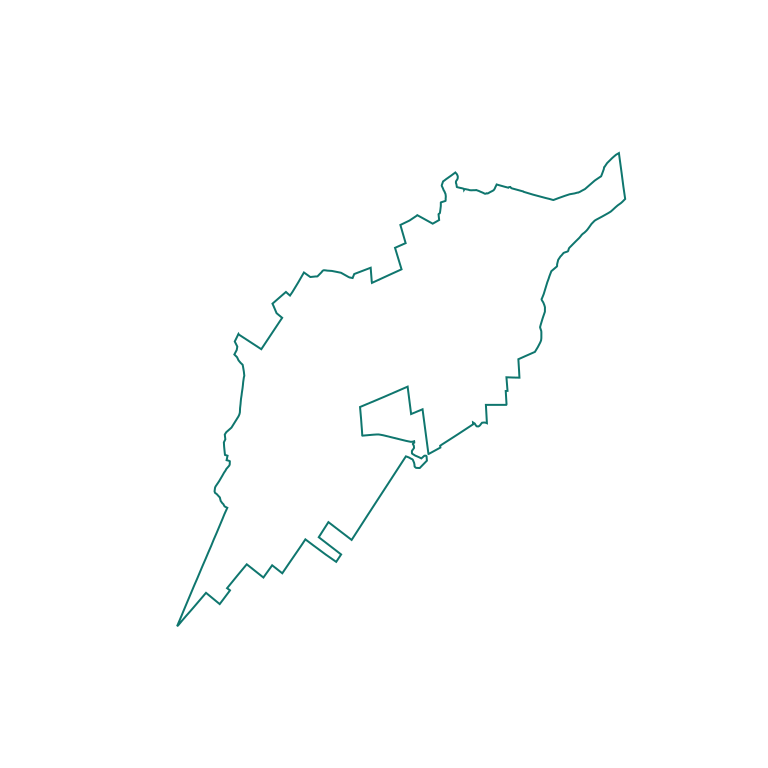 Doba, Satu Mare, Romania (Equal Earth projection), rotated 292°
{"feature_id": "2599482B56088376040975", "entity_name": "Doba", "entity_type": "district", "adm_level": 2, "iso_a3": "ROU", "parent_name": "Romania", "parent_adm1": "Satu Mare", "projection": "equal_earth", "projection_center": [22.698, 47.743], "detail": "fine", "context": "isolated", "style": "outline", "palette": "teal", "viewbox_px": 768, "rotation_deg": 292, "n_neighbors": 0, "source": "geoboundaries", "source_scale": "gbopen_adm2", "svg_char_len": 6088}
<svg xmlns="http://www.w3.org/2000/svg" viewBox="0 0 768 768"><g transform="rotate(292 384 384)"><path d="M151.4,319.8L163.0,323.5L165.4,324.3L159.4,344.7L162.0,345.3L174.0,348.2L170.4,360.6L174.6,361.5L182.0,363.1L195.9,366.2L204.1,368.0L210.5,369.3L208.1,378.2L204.0,394.0L201.2,406.3L209.9,408.1L217.5,380.9L235.1,384.2L231.3,397.9L227.3,412.4L241.8,415.2L256.5,418.0L325.1,431.4L325.2,432.9L325.2,434.7L324.9,436.7L324.8,438.5L324.6,438.9L324.3,439.4L323.2,440.4L322.5,441.2L321.5,441.9L320.9,442.3L320.3,442.6L319.1,443.2L318.8,443.5L318.3,444.9L318.3,445.3L319.4,448.4L319.5,448.6L329.0,452.5L332.8,450.6L333.2,450.1L333.2,449.8L333.1,449.3L332.6,448.3L329.0,446.5L329.1,445.3L329.2,444.4L329.3,441.2L329.3,439.9L329.7,437.5L329.9,436.4L330.2,435.9L331.3,435.4L332.3,435.0L333.2,435.1L334.1,435.4L336.0,435.8L337.9,434.8L339.2,433.2L339.4,433.2L339.7,433.4L339.9,433.5L340.3,433.5L340.6,433.6L340.9,433.9L341.0,434.0L341.3,433.9L341.7,433.7L342.2,433.4L341.4,432.4L340.8,431.3L340.4,430.4L340.0,428.3L339.5,425.5L336.2,402.6L335.7,400.1L335.4,398.7L335.1,397.6L334.3,395.8L333.0,393.1L328.0,383.3L328.1,383.1L328.6,382.9L332.6,381.0L337.2,378.7L342.5,376.1L353.7,370.4L372.0,388.8L390.4,406.9L366.3,420.4L375.0,429.2L335.8,451.4L335.8,451.6L346.2,460.1L347.8,459.2L349.6,460.4L358.2,466.5L365.0,471.3L380.0,481.7L381.7,480.9L381.3,483.0L380.6,483.9L379.9,484.9L379.5,485.9L379.7,486.5L380.0,487.4L380.7,488.0L381.7,488.5L383.6,489.0L384.8,489.4L385.3,490.3L385.9,491.5L386.2,492.8L386.2,494.1L402.8,486.3L405.1,492.0L410.5,505.2L411.1,505.2L423.1,499.5L423.9,501.1L436.1,495.0L438.3,501.1L440.6,507.2L446.4,504.5L457.3,499.3L462.6,504.4L470.3,511.9L475.8,512.8L481.0,513.3L483.3,513.3L485.5,512.7L490.5,510.7L492.0,510.0L494.1,508.2L495.2,507.4L497.6,507.1L504.1,506.5L511.3,506.1L515.4,504.5L517.1,503.2L519.3,501.1L520.6,499.3L521.2,498.6L521.5,498.4L522.0,498.3L522.8,498.4L527.2,498.4L539.5,497.3L543.2,497.2L545.9,497.0L550.9,496.9L551.3,496.9L557.6,500.2L558.2,500.3L558.7,500.1L559.7,499.7L560.2,499.6L564.4,499.0L568.3,499.8L569.0,500.1L569.7,500.4L572.8,501.4L573.6,502.2L575.4,504.3L575.8,504.7L576.4,504.9L577.3,504.8L578.6,504.7L579.2,504.7L579.9,504.9L588.5,508.5L592.6,510.3L594.4,510.9L596.3,511.4L597.8,512.1L599.4,513.1L601.8,514.2L603.5,514.8L606.7,515.6L610.1,516.4L613.8,517.9L614.6,518.3L615.8,519.2L621.2,523.7L626.7,528.1L628.9,529.7L631.1,530.8L634.5,532.4L637.2,533.8L640.5,535.9L642.3,536.8L645.9,538.3L656.7,532.0L668.6,525.3L686.1,515.3L683.4,513.2L682.4,512.7L681.3,512.1L678.9,510.9L672.4,508.1L669.6,507.5L667.6,507.1L667.4,506.9L667.0,507.0L665.6,507.3L663.0,507.4L659.6,507.5L658.5,507.5L657.9,507.5L657.8,507.4L656.8,506.7L651.9,503.4L651.0,502.9L645.7,500.2L640.0,497.3L637.4,495.1L635.5,493.6L634.1,492.2L633.9,491.6L632.1,489.3L629.5,485.1L626.3,481.3L621.6,476.0L618.1,472.2L617.9,471.3L617.6,468.2L617.0,464.2L615.4,451.2L614.5,441.4L614.7,441.1L613.3,429.2L613.4,428.5L613.6,428.0L614.0,427.3L613.3,426.1L612.6,425.8L612.1,422.0L611.8,419.3L611.5,416.7L611.2,413.7L610.3,413.7L608.3,413.5L606.9,413.5L605.5,413.3L604.8,413.0L604.5,412.9L603.5,412.1L602.0,410.8L600.7,409.7L600.1,409.4L599.3,408.3L599.4,408.1L599.3,407.7L599.0,407.4L598.6,407.0L598.3,406.6L598.2,406.1L598.4,403.8L598.4,401.7L598.5,399.4L598.4,397.8L598.4,396.8L597.8,395.9L597.1,394.1L596.3,392.4L595.8,390.8L595.7,389.0L595.5,388.4L595.3,387.0L595.1,386.1L594.7,385.6L594.1,385.5L594.8,385.1L594.9,384.9L594.7,382.9L594.3,380.7L594.0,378.7L593.9,377.9L594.0,377.7L594.5,377.4L595.0,377.1L595.7,376.7L596.3,376.3L596.8,375.9L597.2,375.5L597.8,375.2L598.2,375.0L598.7,374.9L599.3,374.9L599.8,375.0L600.4,375.1L600.9,375.3L601.6,375.3L601.9,375.3L602.6,375.2L603.4,374.9L603.8,374.8L604.1,374.6L604.8,374.1L605.5,373.3L606.1,372.5L606.4,371.9L606.6,371.2L606.8,370.9L601.9,367.9L600.4,366.9L598.8,365.9L597.3,364.9L595.2,363.7L594.2,363.0L594.0,362.9L593.6,362.9L590.1,363.1L589.6,363.2L589.3,363.4L587.7,365.1L586.5,366.3L585.8,366.9L585.3,367.8L584.1,368.9L583.4,369.7L582.1,370.5L580.9,371.1L580.0,371.4L579.0,371.7L578.4,372.0L577.4,372.3L576.8,372.4L576.6,372.2L573.8,368.8L573.6,368.7L572.8,369.0L571.8,369.4L570.3,370.0L569.2,370.3L564.7,371.5L563.7,371.7L563.4,371.7L563.1,371.7L562.1,371.0L561.8,371.0L556.7,373.7L550.9,369.1L552.3,357.6L553.0,351.6L552.3,351.3L545.1,346.4L537.6,339.6L522.7,351.3L521.0,349.6L514.4,343.2L496.9,357.3L489.2,350.0L473.3,335.0L473.5,334.9L473.9,334.5L486.8,328.1L475.1,315.5L475.0,315.4L474.8,315.2L470.5,315.2L469.9,312.2L469.9,311.2L470.9,303.5L470.9,303.2L471.0,303.0L471.0,302.3L470.1,297.5L469.3,293.3L467.8,288.7L467.6,287.7L467.0,285.7L466.4,285.0L465.7,284.6L464.2,284.2L458.9,282.0L458.5,281.4L458.1,280.3L457.6,279.4L455.6,275.6L457.4,268.0L445.9,266.4L434.9,264.6L430.8,263.7L431.5,261.6L432.6,258.6L429.7,257.1L416.7,250.5L414.8,252.5L409.4,257.9L407.2,264.8L404.0,264.1L370.3,257.2L375.5,230.7L375.9,230.3L375.4,230.2L374.5,230.2L372.8,230.1L367.5,229.7L365.4,232.1L363.7,234.0L360.4,234.7L355.3,234.2L353.8,237.7L351.4,240.3L349.9,243.1L348.9,245.7L347.4,246.7L343.2,249.3L339.3,251.4L337.6,251.6L333.1,252.7L330.1,253.6L327.2,254.4L322.2,255.6L320.4,256.1L316.6,257.0L312.6,258.2L312.0,258.4L307.7,259.6L303.7,261.0L301.6,261.3L299.4,261.2L294.9,260.4L291.5,259.8L286.4,258.9L284.8,258.1L282.6,257.0L280.2,255.8L277.5,255.3L273.3,257.6L269.9,257.4L266.1,259.2L261.9,261.4L258.7,263.1L258.9,265.8L254.4,266.6L254.7,268.7L254.6,270.0L253.0,270.6L251.5,271.1L250.4,271.1L246.0,269.6L244.5,269.5L241.8,268.9L238.7,268.5L231.9,267.5L225.9,266.2L224.5,266.2L221.0,267.1L219.8,268.1L219.3,270.1L217.3,274.3L214.4,276.4L213.0,278.6L212.4,280.1L210.8,282.0L210.5,285.1L203.6,284.8L198.3,284.8L191.0,284.7L182.9,284.6L175.8,284.4L169.0,284.4L161.8,284.2L154.9,284.1L147.6,283.9L140.6,283.8L133.4,283.7L126.4,283.5L119.2,283.4L112.0,283.3L105.0,283.2L97.6,283.1L94.2,283.1L81.9,282.9L83.2,283.6L88.6,285.3L95.4,287.6L100.2,289.3L106.3,291.4L123.7,297.2L122.7,300.4L119.9,309.3L118.4,314.1L124.3,315.7L128.1,316.7L134.4,318.4L135.0,318.5L135.9,315.0L140.4,316.4L151.4,319.8Z" fill="none" stroke="#0f766e" stroke-width="2"/></g></svg>